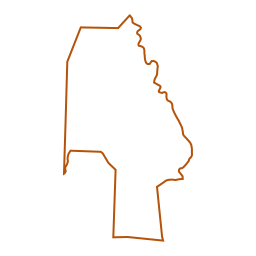 Morne Gomier, Laborie, Saint Lucia (Natural Earth projection)
{"feature_id": "8701671B16290064127769", "entity_name": "Morne Gomier", "entity_type": "district", "adm_level": 2, "iso_a3": "LCA", "parent_name": "Saint Lucia", "parent_adm1": "Laborie", "projection": "natural_earth1", "projection_center": [-60.992, 13.765], "detail": "fine", "context": "isolated", "style": "outline", "palette": "amber", "viewbox_px": 256, "rotation_deg": 0, "n_neighbors": 0, "source": "geoboundaries", "source_scale": "gbopen_adm2", "svg_char_len": 4146}
<svg xmlns="http://www.w3.org/2000/svg" viewBox="0 0 256 256"><path d="M113.3,237.3L127.6,237.0L163.1,240.6L162.1,236.8L157.0,186.8L157.2,186.7L157.9,186.2L158.7,185.7L160.8,184.3L163.1,182.7L164.0,182.1L165.4,181.0L165.7,180.8L166.1,180.6L167.4,180.1L168.3,179.9L169.2,179.8L170.0,179.8L170.8,179.6L172.1,179.6L173.0,179.7L173.4,179.8L174.0,179.8L174.6,179.9L175.0,180.0L175.6,180.0L176.1,179.9L177.3,179.6L177.9,179.5L178.8,179.3L179.3,179.2L179.8,179.2L180.8,179.1L181.6,179.0L182.2,178.9L182.7,178.9L182.6,178.3L182.7,177.9L182.6,176.9L182.5,176.2L182.1,175.6L181.4,174.7L180.3,173.3L179.5,172.3L179.1,171.8L178.9,171.2L178.9,170.6L179.0,170.0L179.1,169.6L179.5,169.0L180.2,168.4L180.6,168.3L181.1,168.3L181.5,168.3L182.2,168.0L182.8,167.7L183.3,167.3L183.9,166.7L184.6,166.0L185.6,164.9L186.6,163.7L187.8,162.1L188.7,161.0L188.9,160.5L189.1,159.4L189.5,158.7L189.9,158.2L190.7,157.6L191.0,157.2L191.4,156.4L191.8,155.7L191.9,155.1L192.0,154.5L192.0,154.2L192.0,153.7L191.9,152.9L191.9,151.9L191.9,150.7L191.9,150.0L191.9,149.4L191.9,148.9L191.8,148.1L191.7,147.7L191.7,147.3L191.6,146.8L191.5,146.3L191.4,145.4L191.3,145.0L191.0,144.5L190.9,144.2L190.6,143.5L190.4,143.1L190.1,142.7L189.9,142.4L189.6,142.0L189.3,141.7L188.9,141.1L188.6,140.8L188.2,140.4L187.7,139.9L187.4,139.5L187.0,139.0L185.2,137.1L184.1,135.9L183.6,135.3L183.4,134.9L183.1,134.3L183.0,133.7L183.0,133.1L182.9,132.5L182.8,131.6L182.7,131.2L182.6,130.6L182.5,130.1L182.4,129.7L182.3,129.2L182.3,128.7L182.2,128.3L182.1,127.9L181.9,127.6L181.8,127.3L181.6,126.7L181.5,126.4L181.0,125.4L180.6,124.5L180.5,124.4L180.3,123.9L180.1,123.6L179.7,122.8L179.6,122.4L179.3,121.9L179.0,121.2L178.8,120.9L178.5,120.3L178.3,120.0L178.0,119.6L177.7,119.1L177.2,118.2L177.0,117.8L176.9,117.6L176.7,117.2L176.4,116.7L176.2,116.4L175.9,115.8L175.6,115.3L175.3,114.8L175.1,114.2L174.7,113.6L174.5,113.1L174.0,112.0L173.6,111.1L173.2,110.3L172.9,109.5L172.7,108.9L172.6,108.4L172.6,108.0L172.5,107.7L172.4,107.1L172.4,106.5L172.4,106.0L172.3,105.4L172.2,104.9L172.1,104.6L172.1,104.2L172.0,103.9L171.9,103.6L171.7,103.3L171.5,103.0L171.3,102.8L171.1,102.5L170.7,102.1L170.4,101.8L169.8,101.4L169.0,101.1L168.6,100.9L168.1,100.6L167.7,100.4L167.2,99.9L167.0,99.5L166.9,99.3L166.7,98.8L166.7,98.5L166.6,98.2L166.5,97.3L166.5,97.0L166.4,96.5L166.4,96.0L166.5,95.5L166.5,95.3L166.5,94.7L166.5,94.1L166.5,93.8L166.3,93.2L166.1,92.9L165.8,92.7L165.4,92.5L165.1,92.3L164.9,92.3L164.4,92.1L163.9,92.2L163.6,92.3L163.1,92.5L162.6,92.7L162.3,92.9L161.9,92.9L161.5,92.8L161.2,92.7L160.8,92.6L160.3,92.5L159.9,92.4L159.6,92.3L159.2,92.1L158.8,91.6L158.8,91.2L158.8,90.9L159.0,90.6L159.1,90.3L159.3,90.0L159.5,89.5L159.7,89.1L160.0,88.6L160.1,88.3L160.2,87.9L160.4,87.4L160.6,87.0L160.5,86.7L160.4,86.4L160.3,86.2L159.9,85.8L154.1,82.6L154.2,81.5L154.4,80.2L154.8,79.1L155.5,77.6L155.9,77.0L156.4,76.0L156.8,75.1L157.0,74.2L157.2,72.8L157.2,72.3L157.3,70.4L157.5,68.4L157.8,66.2L157.7,65.8L157.5,65.2L157.2,64.2L156.9,63.3L156.5,62.6L155.5,61.9L154.5,61.3L153.9,61.1L153.3,60.9L152.5,61.1L152.0,61.2L151.7,61.1L151.3,61.6L150.6,62.5L150.4,62.9L149.6,64.0L149.0,64.0L148.3,64.0L147.5,64.0L146.7,63.3L146.0,62.6L145.3,60.6L145.0,59.1L144.8,57.5L144.7,55.5L144.4,53.3L144.4,51.1L144.4,50.6L143.9,48.3L143.1,47.4L142.5,47.0L142.0,46.6L140.6,46.1L138.9,45.8L138.7,45.6L138.6,45.3L138.4,44.3L138.6,43.5L139.2,42.3L140.0,40.9L140.7,39.6L140.8,38.5L140.6,37.5L140.2,36.6L139.8,35.7L138.7,34.7L138.2,34.4L137.4,33.8L137.1,33.0L137.1,32.7L137.4,31.7L137.9,31.0L138.8,30.3L139.5,29.9L140.6,28.9L140.9,27.6L139.6,26.1L138.1,25.5L134.9,24.0L133.3,23.1L132.5,22.1L132.5,20.9L131.9,18.1L131.2,17.3L130.3,16.1L129.8,15.4L129.7,15.4L118.1,28.1L80.8,27.4L67.3,61.7L65.7,117.5L64.0,173.7L64.3,173.5L64.5,173.4L64.9,172.7L65.4,171.8L65.7,171.4L65.8,171.1L65.4,170.1L65.2,169.3L65.2,168.0L65.3,167.3L65.5,166.8L66.0,165.9L66.5,165.3L66.8,164.6L67.0,164.0L67.2,163.7L67.4,163.2L67.6,162.4L67.8,161.9L67.9,161.1L67.7,159.8L67.6,159.2L67.6,158.2L67.8,156.6L68.1,155.3L68.6,153.7L69.2,152.8L69.9,151.6L70.6,150.7L100.8,151.8L102.7,153.3L108.5,163.0L115.6,169.8L113.3,237.3Z" fill="none" stroke="#b45309" stroke-width="2"/></svg>